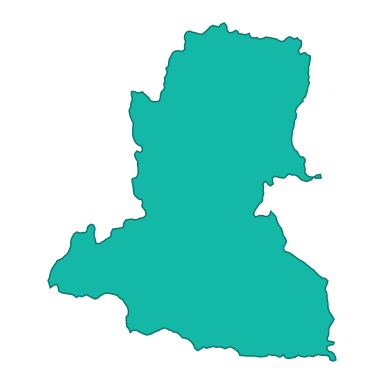 Peçanha, Minas Gerais, Brazil
{"feature_id": "56859067B17789026989145", "entity_name": "Peçanha", "entity_type": "district", "adm_level": 2, "iso_a3": "BRA", "parent_name": "Brazil", "parent_adm1": "Minas Gerais", "projection": "albers", "projection_center": [-42.509, -18.539], "detail": "fine", "context": "isolated", "style": "filled", "palette": "teal", "viewbox_px": 384, "rotation_deg": 0, "n_neighbors": 0, "source": "geoboundaries", "source_scale": "gbopen_adm2", "svg_char_len": 5448}
<svg xmlns="http://www.w3.org/2000/svg" viewBox="0 0 384 384"><path d="M76.9,232.0L74.0,234.0L72.5,236.8L71.2,239.5L70.8,243.1L70.8,246.4L69.6,249.3L68.4,252.0L66.9,254.3L64.8,255.9L62.9,257.9L60.2,259.5L57.3,260.6L56.1,262.8L54.2,265.4L52.3,268.4L51.0,271.0L50.1,274.0L49.5,277.6L48.1,280.6L49.4,284.4L50.2,287.7L53.9,285.0L57.2,284.6L58.4,287.7L58.9,291.2L62.0,292.9L65.6,293.4L68.4,293.9L71.9,294.3L74.2,295.4L76.2,297.4L79.1,295.9L82.2,296.7L84.3,295.6L86.5,294.6L89.3,296.2L92.1,297.7L94.9,299.0L97.4,298.3L100.3,295.8L104.2,293.5L108.3,293.1L110.7,293.6L113.5,294.2L117.3,295.4L120.0,298.2L122.9,299.8L124.1,302.2L125.9,304.6L127.6,307.5L128.5,311.0L128.2,314.7L126.2,317.1L126.3,320.3L126.5,323.6L126.8,326.6L129.0,328.9L130.3,332.5L132.5,330.3L136.6,330.3L139.4,331.9L142.7,333.5L146.6,335.0L149.8,334.4L152.1,333.4L154.3,332.2L156.6,331.2L159.0,330.3L161.9,328.7L164.9,327.8L167.4,328.9L169.3,330.1L171.5,330.4L173.3,332.0L176.3,332.2L179.0,334.0L181.0,336.1L182.5,337.8L185.1,338.1L188.2,339.2L191.6,342.0L193.5,344.9L194.9,348.3L197.6,350.6L200.8,348.8L203.5,347.0L206.8,348.2L210.4,347.0L213.7,346.4L216.1,347.4L218.9,346.8L222.1,347.2L224.7,348.7L227.5,347.7L229.9,346.7L233.5,348.3L236.4,350.3L238.6,352.4L239.9,355.3L243.3,355.6L246.7,356.0L249.1,356.0L252.4,355.9L255.7,356.1L259.3,356.8L263.0,356.6L266.2,356.3L269.1,354.3L272.0,355.3L274.3,355.2L276.7,355.7L279.6,357.1L281.8,356.2L283.5,354.5L285.1,357.1L287.2,358.4L289.9,358.2L293.1,357.6L295.3,357.2L297.9,355.3L301.9,356.6L305.5,356.8L309.1,355.6L312.9,356.6L315.3,355.4L318.1,354.5L321.1,355.1L323.7,355.4L327.2,355.4L329.3,356.7L330.0,359.7L332.6,361.0L335.9,359.9L335.3,357.0L334.0,354.1L331.8,352.1L328.7,351.3L327.0,349.3L327.0,346.4L330.3,345.0L333.1,344.6L334.2,342.4L332.0,341.6L329.8,341.4L327.6,340.5L327.0,338.1L328.3,335.9L328.7,332.7L328.6,329.5L329.6,326.6L331.0,324.5L332.5,322.2L334.0,319.1L332.6,316.8L331.2,314.7L329.2,311.6L328.0,307.7L327.9,303.9L327.6,301.4L327.0,298.7L327.0,296.0L326.7,292.9L325.0,289.2L326.0,286.1L327.1,283.9L327.8,280.7L325.1,278.5L322.2,277.9L319.1,275.8L316.3,273.1L313.7,270.0L310.6,268.1L307.9,265.7L305.6,263.9L303.3,261.9L300.5,260.5L298.0,258.9L295.5,257.1L293.7,255.7L291.2,253.9L289.0,252.6L286.4,252.0L283.7,250.4L283.6,247.1L285.6,243.7L286.4,241.1L285.2,238.2L283.1,235.3L282.5,232.2L281.4,228.6L279.2,225.7L277.4,222.3L276.4,219.3L275.7,216.5L273.0,213.5L270.8,211.3L269.8,214.7L267.6,216.5L265.0,216.5L262.9,215.6L259.0,215.6L255.3,217.3L253.5,214.2L255.1,210.0L257.1,207.0L258.9,204.4L261.0,202.4L262.5,200.5L262.6,197.2L263.7,193.3L263.0,190.3L263.5,187.7L263.0,184.6L264.4,181.5L266.7,182.2L268.1,184.4L270.4,185.9L273.2,183.9L272.4,180.9L272.5,177.3L275.4,176.3L278.7,177.2L281.4,177.8L284.1,178.0L286.2,176.2L288.5,173.8L292.1,175.0L295.7,175.0L298.9,177.3L301.2,179.7L303.4,180.5L306.8,181.5L308.8,180.5L311.1,179.8L313.9,177.1L309.9,177.0L307.1,175.5L304.8,172.8L305.1,169.1L304.5,166.4L303.8,164.2L305.1,162.1L305.0,159.2L303.2,157.1L300.4,156.9L298.6,154.8L297.3,151.8L294.6,149.6L293.3,147.2L292.1,144.8L291.6,141.1L291.6,137.5L292.1,133.9L292.4,130.7L293.4,128.4L294.0,125.0L294.5,120.5L296.1,117.8L296.4,114.3L295.3,111.8L296.1,109.0L297.9,106.2L300.8,103.1L303.1,101.1L302.6,98.7L304.8,97.4L306.4,93.9L307.3,90.6L307.8,87.2L309.3,83.1L308.3,79.9L309.1,76.9L308.0,74.1L308.6,70.9L308.5,67.0L309.4,64.2L309.6,61.7L310.2,59.3L310.3,56.1L307.5,54.9L305.2,52.7L302.7,53.1L300.4,54.6L298.5,51.6L299.2,48.9L301.0,46.9L301.6,44.1L301.0,40.6L298.7,39.9L297.4,37.8L294.8,39.2L292.1,37.9L289.5,36.7L286.6,38.3L284.4,40.6L282.0,41.7L279.3,40.8L276.5,39.1L272.8,38.3L269.1,37.6L265.9,37.1L262.9,38.5L259.2,39.2L257.1,37.5L254.0,38.1L250.3,37.0L249.3,33.5L245.4,34.9L241.8,34.1L238.6,33.6L237.7,31.4L235.6,30.4L232.9,32.2L229.1,32.9L226.9,29.9L226.8,27.1L225.8,24.7L224.1,23.0L220.7,24.6L218.9,26.9L216.2,26.3L212.6,25.5L210.1,27.1L207.6,29.7L204.7,32.3L202.2,34.3L199.0,34.0L195.4,32.8L191.9,32.1L189.8,31.1L186.7,32.1L184.9,34.9L184.4,38.1L185.6,41.5L184.5,45.7L184.8,49.4L182.1,51.5L179.0,50.8L175.1,51.1L172.5,53.1L171.1,55.8L169.2,59.6L168.7,63.5L168.4,66.2L165.9,68.3L167.3,71.8L166.5,74.9L164.5,77.9L165.0,81.1L163.8,84.1L164.7,87.9L163.3,90.1L161.4,91.9L160.5,94.9L160.4,97.7L159.3,101.0L156.6,101.7L153.7,101.8L150.6,100.8L148.7,97.7L146.4,95.6L144.2,93.8L142.4,91.9L140.1,92.5L137.3,93.0L134.7,91.7L131.6,91.4L131.3,93.9L131.7,96.2L132.4,99.5L131.2,102.4L130.9,104.8L130.6,107.4L129.1,110.4L129.5,112.9L130.2,116.4L131.9,120.2L133.4,123.2L133.1,125.8L132.9,128.5L132.8,132.7L132.8,135.5L133.4,137.8L134.5,140.5L136.0,142.9L138.5,145.0L141.0,146.0L142.4,148.2L142.1,150.9L140.3,152.6L136.9,151.0L134.9,153.6L134.9,156.3L136.1,158.9L137.7,161.3L137.5,164.6L138.1,167.9L138.2,171.0L137.9,174.5L136.8,177.0L134.7,178.0L132.3,178.9L132.1,181.7L132.7,184.2L133.2,186.9L133.5,190.7L134.0,194.0L136.0,196.6L138.7,199.0L142.2,199.9L142.6,203.1L141.9,206.5L144.2,209.2L145.8,212.0L145.9,215.6L143.1,217.8L139.7,218.3L137.1,219.6L134.6,219.8L132.0,219.2L129.1,219.4L125.5,220.2L123.6,223.5L123.6,227.1L120.2,228.2L116.5,228.5L112.7,229.2L110.9,233.1L111.0,236.2L108.7,237.9L106.2,239.2L104.4,240.7L102.3,241.9L99.5,243.7L96.0,243.4L95.0,238.9L94.0,235.3L94.3,232.2L95.0,228.8L93.6,225.2L91.2,224.3L89.1,225.4L87.6,227.3L87.0,231.0L85.0,232.8L82.3,232.5L80.2,233.3L76.9,232.0ZM320.5,174.5L316.9,175.0L313.9,177.1L316.1,178.3L318.7,178.1L321.1,178.0L320.5,174.5Z" fill="#14b8a6" stroke="#0f766e" stroke-width="1.5"/></svg>